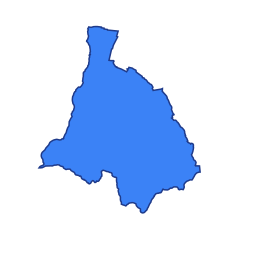 Baiculesti, Arges, Romania, rotated 210°
{"feature_id": "2599482B94313215518908", "entity_name": "Baiculesti", "entity_type": "district", "adm_level": 2, "iso_a3": "ROU", "parent_name": "Romania", "parent_adm1": "Arges", "projection": "mercator", "projection_center": [24.661, 45.06], "detail": "fine", "context": "isolated", "style": "filled", "palette": "blue", "viewbox_px": 256, "rotation_deg": 210, "n_neighbors": 0, "source": "geoboundaries", "source_scale": "gbopen_adm2", "svg_char_len": 5757}
<svg xmlns="http://www.w3.org/2000/svg" viewBox="0 0 256 256"><g transform="rotate(210 128 128)"><path d="M212.5,195.9L212.3,195.2L212.5,194.8L212.4,193.7L212.1,193.7L211.6,193.3L211.4,192.9L211.3,191.6L209.3,188.9L208.6,188.4L208.2,188.0L207.9,187.2L207.6,186.2L207.3,184.6L207.3,183.7L207.5,183.2L207.2,182.4L205.0,181.7L204.2,181.0L203.3,180.4L202.3,180.0L199.6,176.6L199.3,175.9L198.9,175.6L198.7,175.1L198.8,174.7L198.7,174.3L198.4,174.1L198.1,173.3L197.7,172.9L197.3,172.7L197.5,171.7L198.0,171.9L198.0,171.6L196.9,170.6L196.7,170.3L196.6,168.9L196.1,168.4L195.9,167.6L195.6,167.4L195.0,166.3L194.6,164.9L193.8,163.3L193.9,161.7L193.5,161.0L193.5,160.5L193.8,158.5L194.1,157.0L194.0,156.4L193.7,155.8L193.8,155.2L194.1,154.7L194.3,154.1L194.2,153.4L194.1,153.0L193.6,152.6L193.2,151.4L192.7,150.9L191.9,148.5L191.1,146.8L190.9,145.9L190.7,145.7L189.8,145.2L189.4,144.8L189.3,142.2L189.4,141.2L189.8,139.5L189.9,139.3L191.1,138.9L191.4,138.5L192.2,135.3L192.2,134.7L191.8,134.0L191.7,133.4L192.2,132.8L192.2,132.0L192.2,131.0L191.8,129.5L191.6,129.0L191.7,127.9L191.5,127.2L190.6,125.1L189.8,123.8L187.8,121.6L186.2,120.8L185.3,119.9L184.6,118.6L184.4,117.4L184.0,116.3L184.0,115.7L184.3,114.4L184.0,113.3L184.1,111.8L183.2,110.8L182.1,109.9L182.3,107.8L182.2,106.1L182.1,104.1L180.2,100.4L180.3,99.4L180.3,98.5L180.3,97.4L180.0,96.7L179.9,96.1L180.0,95.8L179.9,95.4L179.3,93.4L179.2,92.7L179.3,90.8L178.9,87.3L178.5,86.9L178.7,86.1L179.1,86.1L179.9,85.3L180.0,84.5L181.1,83.5L184.0,82.6L185.2,81.6L186.6,80.1L187.8,78.0L188.4,76.5L188.4,75.9L188.2,73.7L189.1,69.6L189.0,67.6L190.1,64.1L190.1,63.1L190.0,62.4L189.6,61.2L189.0,60.2L188.3,59.5L187.7,59.0L186.5,58.5L185.7,57.8L185.1,56.9L184.4,55.9L183.7,55.7L182.9,54.9L182.7,54.3L182.8,53.6L184.7,51.1L185.0,50.3L185.1,49.0L183.3,50.1L182.3,50.9L180.4,53.8L175.8,56.7L174.7,57.2L173.1,59.1L171.7,59.9L170.9,60.8L169.0,61.6L167.9,61.3L166.5,61.5L165.8,61.8L165.1,62.0L163.7,61.1L161.2,61.0L160.6,61.3L159.9,62.1L157.8,63.3L157.2,63.3L156.1,62.7L153.8,62.6L153.2,62.8L151.7,62.4L150.8,61.6L150.4,61.6L149.7,61.3L147.7,62.0L146.6,62.2L145.8,62.1L145.0,62.7L144.2,62.3L143.3,61.4L142.4,61.0L141.2,61.0L140.6,61.4L140.2,61.0L139.8,61.0L139.6,61.3L138.6,61.3L137.1,60.9L136.3,60.4L135.6,60.3L135.1,60.6L134.9,60.5L134.7,60.3L133.7,60.2L133.2,60.7L132.9,61.2L132.7,61.9L132.8,62.7L132.6,64.1L132.1,64.9L131.4,65.0L129.6,64.2L128.7,64.8L128.6,66.4L128.0,66.5L127.2,66.9L126.7,68.1L126.9,68.6L126.8,70.0L126.5,70.5L126.9,71.9L126.6,73.4L127.0,73.8L127.2,74.4L129.2,76.7L129.3,77.2L128.5,79.0L125.8,79.6L125.3,79.5L124.3,79.8L123.0,80.4L122.4,80.3L121.5,80.4L120.9,80.7L119.8,80.9L119.5,80.6L118.8,80.3L118.2,79.1L116.9,78.6L114.8,78.8L114.5,79.1L113.2,79.3L112.0,77.4L111.8,76.9L110.7,75.4L109.9,74.8L109.2,73.1L108.6,72.6L107.6,71.1L107.2,70.8L106.1,70.7L105.6,70.4L105.3,69.6L105.2,68.9L104.6,68.1L103.9,67.4L103.2,66.8L102.5,65.8L100.6,65.0L99.7,63.9L99.0,62.5L97.9,61.1L97.2,60.9L96.2,59.8L95.7,58.7L93.8,58.9L92.3,59.3L91.0,59.4L90.6,60.1L90.6,61.2L89.9,62.0L89.8,63.0L88.6,64.3L87.9,64.7L87.4,65.3L86.1,65.9L85.2,66.1L83.3,66.3L81.9,64.9L79.7,64.1L76.8,64.1L76.2,63.3L75.8,62.2L75.4,62.1L74.7,61.5L73.2,61.6L72.2,62.3L71.7,62.9L71.4,63.7L71.1,65.3L70.8,65.8L70.7,66.4L71.0,68.6L70.9,69.5L71.1,71.0L71.3,73.1L71.2,73.9L71.2,74.8L71.1,75.0L71.1,75.3L71.4,76.1L71.6,77.2L71.5,78.1L71.6,78.5L71.2,79.9L71.3,81.0L71.1,81.4L71.1,82.0L71.4,82.3L71.2,82.6L71.2,83.8L71.0,84.4L71.0,85.0L69.2,86.8L68.7,86.9L68.3,87.7L67.9,88.0L67.5,88.1L67.3,88.3L67.4,88.7L67.0,89.1L67.1,91.0L67.2,91.8L67.2,92.3L67.1,92.6L66.0,92.5L63.2,93.9L62.7,94.2L61.9,95.3L61.8,95.8L61.2,97.1L60.7,97.5L60.3,97.6L59.8,98.0L59.1,99.6L58.7,100.0L57.0,101.0L55.9,101.4L53.9,100.7L53.6,100.1L52.6,100.2L52.2,100.7L51.4,101.5L50.5,101.9L49.4,102.2L49.4,102.9L49.6,104.5L50.0,105.3L50.9,106.4L51.2,107.2L51.3,107.5L51.2,108.5L50.8,110.3L50.3,111.5L49.4,112.5L48.5,113.9L48.0,114.3L46.6,115.0L46.5,116.0L46.5,119.6L46.6,120.9L46.3,122.6L46.0,123.5L45.4,124.2L44.4,125.3L43.5,125.9L47.1,130.9L50.6,129.0L51.1,129.3L51.1,130.0L51.9,132.3L53.7,133.3L54.4,133.2L55.5,133.5L56.4,134.6L58.3,135.5L59.7,136.7L59.6,137.6L60.1,140.0L61.0,142.7L61.6,144.0L62.1,144.4L62.2,144.9L63.0,146.2L63.3,146.4L63.9,146.7L64.6,146.7L65.3,146.5L65.7,146.2L65.7,145.5L66.7,145.7L68.9,145.5L69.1,145.9L70.1,146.1L69.9,146.8L71.9,148.4L73.5,149.1L74.0,149.4L74.3,150.1L74.6,150.2L74.5,150.4L75.0,150.7L75.6,151.4L76.3,151.8L76.6,152.2L76.8,152.8L78.1,154.1L80.5,155.0L81.8,155.3L82.9,155.2L83.6,155.4L83.8,155.7L84.4,156.2L85.0,156.3L85.8,157.0L86.5,157.1L86.9,157.5L87.5,157.7L88.4,157.8L89.4,158.3L90.5,158.6L90.8,158.3L91.1,158.3L91.5,158.1L92.2,157.5L92.3,157.5L93.0,157.9L95.1,158.4L94.6,159.0L94.6,159.3L94.8,159.6L95.4,159.9L95.5,160.4L95.9,161.0L95.8,161.6L94.9,162.1L95.0,162.8L96.3,163.1L99.2,165.4L99.7,165.9L100.1,167.3L101.1,168.4L102.9,169.1L105.0,170.6L106.5,171.9L107.8,172.7L108.7,173.0L108.9,173.5L110.3,174.8L112.8,175.7L113.6,175.9L116.8,177.0L117.0,177.7L117.9,179.4L118.6,178.4L125.0,173.1L125.5,173.7L126.6,174.2L126.8,174.5L126.8,175.0L126.7,175.6L127.1,176.0L129.4,177.3L130.9,177.1L132.6,177.5L133.4,177.4L135.6,178.5L136.8,178.8L138.2,178.6L138.9,179.3L139.3,179.3L140.7,178.8L141.6,179.8L148.8,180.5L149.9,181.9L150.1,182.0L153.1,181.8L153.8,182.0L154.2,182.0L157.5,181.0L157.3,179.6L158.3,178.6L157.2,178.2L157.3,178.0L157.3,176.0L163.2,175.7L168.1,174.8L168.2,175.3L169.7,174.9L170.1,175.3L171.6,175.9L172.9,176.7L173.4,177.1L173.6,178.9L174.2,179.1L176.1,178.0L178.3,177.1L181.7,188.2L181.1,188.9L181.9,191.7L182.1,193.0L182.5,201.8L183.7,201.7L185.0,207.0L194.7,202.6L195.1,203.0L198.2,201.8L198.6,202.5L201.2,201.5L201.5,202.1L205.1,200.6L208.2,198.8L210.3,196.7L212.5,195.9Z" fill="#3b82f6" stroke="#1e3a8a" stroke-width="1.5"/></g></svg>